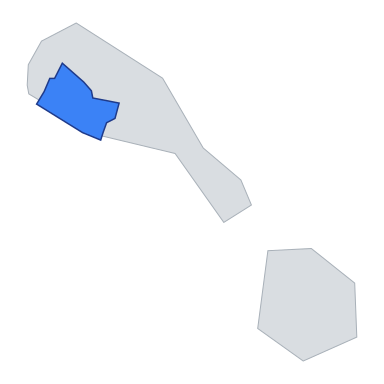 Saint Kitts and Nevis, with Saint Thomas Middle Island highlighted
{"feature_id": "KNA-5111", "entity_name": "Saint Thomas Middle Island", "entity_type": "Parish", "adm_level": 1, "iso_a3": "KNA", "parent_name": "Saint Kitts and Nevis", "parent_adm1": "", "projection": "orthographic", "projection_center": [-62.788, 17.332], "detail": "fine", "context": "in_parent", "style": "filled", "palette": "blue", "viewbox_px": 384, "rotation_deg": 0, "n_neighbors": 0, "source": "natural_earth", "source_scale": "10m", "svg_char_len": 587}
<svg xmlns="http://www.w3.org/2000/svg" viewBox="0 0 384 384"><path d="M251.4,205.0L223.8,222.4L175.1,153.5L96.6,134.7L28.8,93.9L27.2,85.2L28.3,64.7L41.5,41.1L76.2,23.0L162.6,78.2L203.2,148.0L240.9,180.0L251.4,205.0ZM356.8,337.1L303.2,361.0L257.7,328.5L267.9,250.7L311.3,248.5L354.7,283.1L356.8,337.1Z" fill="#d9dde1" stroke="#a8b0b8" stroke-width="1"/><path d="M100.7,140.1L82.5,132.6L36.6,104.1L44.2,91.5L49.8,78.4L54.6,78.4L62.3,63.2L83.8,82.1L91.4,90.8L92.8,98.0L119.1,103.1L115.0,118.4L106.6,122.7L103.2,132.2L100.7,140.1Z" fill="#3b82f6" stroke="#1e3a8a" stroke-width="1.5"/></svg>